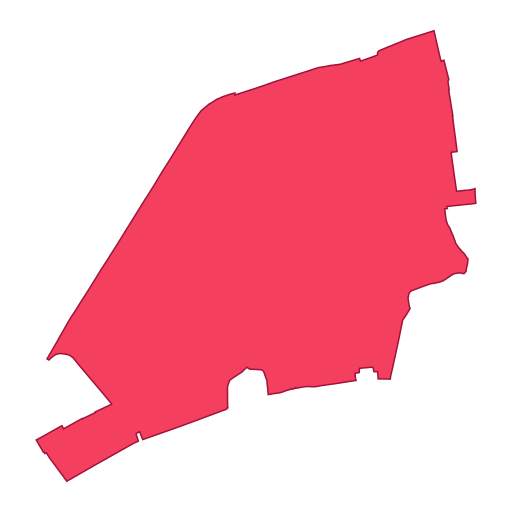 Otopeni, Bucharest, Romania (orthographic projection)
{"feature_id": "2599482B32051215942392", "entity_name": "Otopeni", "entity_type": "district", "adm_level": 2, "iso_a3": "ROU", "parent_name": "Romania", "parent_adm1": "Bucharest", "projection": "orthographic", "projection_center": [26.087, 44.559], "detail": "fine", "context": "isolated", "style": "filled", "palette": "rose", "viewbox_px": 512, "rotation_deg": 0, "n_neighbors": 0, "source": "geoboundaries", "source_scale": "gbopen_adm2", "svg_char_len": 5318}
<svg xmlns="http://www.w3.org/2000/svg" viewBox="0 0 512 512"><path d="M47.6,454.8L49.6,458.0L58.6,470.1L66.8,481.3L67.2,481.0L94.7,465.2L134.0,443.1L138.4,441.2L136.2,434.3L136.3,433.5L139.6,431.7L142.7,439.6L179.6,426.6L226.7,409.1L226.7,408.3L227.9,407.8L227.6,406.1L227.5,386.9L228.2,384.2L229.6,380.9L229.8,380.2L233.4,377.6L235.6,376.2L237.8,374.7L240.9,372.7L241.0,372.7L241.6,372.3L244.0,370.0L246.0,368.1L246.9,367.3L247.0,367.4L247.2,367.5L249.5,369.1L261.6,369.8L262.6,370.6L263.7,371.5L264.3,373.4L265.9,377.9L266.0,378.1L266.9,380.7L267.0,381.6L267.0,382.0L267.2,384.4L267.3,385.4L267.5,386.8L267.8,390.5L268.1,393.6L268.2,394.6L270.6,394.2L273.4,393.7L275.9,393.3L279.8,392.8L280.8,392.5L282.2,392.1L285.3,390.9L286.4,390.6L288.3,390.0L289.1,389.8L289.3,389.7L289.6,389.2L289.9,389.2L290.2,389.4L290.4,389.4L290.6,389.4L291.0,389.3L291.8,389.2L292.0,389.1L292.1,388.9L292.3,388.5L292.8,388.9L292.9,389.0L294.5,388.6L295.2,388.4L295.3,388.3L295.3,388.2L295.4,387.9L295.3,387.6L295.7,387.5L296.0,387.5L296.6,388.1L296.8,388.2L298.8,387.8L299.3,387.7L301.1,387.3L301.7,387.2L302.3,387.1L302.9,387.0L303.5,386.9L304.1,386.8L304.6,386.8L304.9,386.8L305.6,386.7L306.2,386.6L307.9,386.6L308.2,386.6L308.8,386.6L309.4,386.6L310.0,386.6L310.5,386.6L311.0,386.7L311.4,386.7L311.7,386.7L312.3,386.7L313.4,386.8L313.9,386.7L315.0,386.7L315.5,386.6L316.1,386.6L316.8,386.5L318.9,386.1L321.5,385.6L324.4,385.2L327.0,384.8L329.5,384.5L335.2,383.7L349.9,381.4L352.7,381.0L353.3,380.9L355.5,380.5L355.9,380.5L356.0,380.5L355.3,376.8L355.1,373.2L359.2,372.6L359.5,368.3L371.9,367.2L372.7,367.2L373.1,367.6L373.7,371.1L374.0,371.7L377.1,371.7L377.5,371.8L377.8,373.1L378.1,378.9L378.5,378.9L379.3,378.9L386.4,379.0L386.7,379.0L386.8,379.0L387.1,379.0L387.3,379.0L389.8,379.1L390.3,379.1L390.7,375.7L390.8,375.5L391.7,371.6L391.9,370.9L392.1,369.8L392.2,369.5L392.3,368.8L392.7,367.4L392.7,367.1L392.8,367.0L392.8,366.9L395.4,355.0L396.2,351.4L396.2,351.2L396.9,348.3L398.2,342.2L398.5,340.7L398.8,339.2L398.9,338.9L399.2,337.4L401.2,327.2L402.0,323.6L402.5,321.0L402.7,320.2L402.9,319.8L405.8,315.6L409.7,309.3L409.8,309.0L410.1,308.2L409.7,308.1L409.0,304.9L408.1,298.6L408.1,298.0L408.1,297.7L408.4,296.5L408.2,296.4L408.5,295.7L409.1,293.4L409.4,292.7L410.5,291.6L411.3,290.9L412.3,290.4L416.0,289.1L417.8,288.4L419.6,287.7L424.8,285.8L428.2,284.6L430.6,283.8L431.7,283.6L434.0,283.3L437.3,282.6L439.7,282.1L443.3,280.7L446.3,278.8L448.3,277.4L451.5,275.2L453.8,273.8L457.6,273.1L459.7,272.9L464.0,273.7L466.1,271.3L466.1,270.0L466.3,269.3L466.7,267.3L467.5,263.7L467.8,261.4L467.9,260.6L467.9,260.4L468.0,258.9L467.3,258.1L466.8,257.5L466.7,257.3L466.1,256.6L464.7,254.1L461.8,251.2L461.0,250.3L459.8,248.9L458.9,247.9L458.7,247.7L458.0,246.7L457.4,245.8L456.3,244.3L455.6,243.0L454.8,240.3L454.7,240.1L454.6,239.8L454.1,238.6L453.8,237.7L453.0,235.5L452.7,234.8L452.2,233.9L451.9,233.0L451.2,231.5L450.3,229.2L449.8,228.1L449.3,227.2L448.2,225.6L447.7,224.7L447.5,224.1L447.0,222.7L446.1,219.9L445.8,218.1L445.6,216.2L445.3,214.1L445.2,212.8L445.0,211.5L444.9,210.9L444.7,208.9L445.8,208.8L446.3,208.7L447.2,208.6L447.1,208.4L447.0,207.6L446.8,206.5L451.1,206.0L457.0,205.4L465.3,204.5L471.6,203.9L475.8,203.3L475.2,195.5L475.1,193.3L475.0,189.9L475.0,188.6L473.6,189.1L471.2,189.7L469.4,190.0L468.2,190.2L465.4,190.3L464.9,190.3L462.1,190.7L460.6,190.8L456.7,191.3L456.6,191.2L456.5,190.5L456.2,188.7L454.0,173.4L451.1,152.3L457.1,151.6L456.5,146.6L455.6,139.6L455.5,138.5L455.5,138.3L454.6,132.2L454.0,127.7L453.7,125.5L453.5,123.8L453.5,123.5L453.3,122.4L452.9,118.7L452.8,117.9L452.7,117.4L452.7,116.7L452.6,116.1L452.9,116.1L448.7,90.2L449.0,90.1L449.2,89.9L449.2,89.7L448.2,83.3L448.1,82.0L448.0,81.3L448.3,80.3L448.8,79.9L448.8,79.5L447.2,73.1L443.9,60.1L441.0,61.3L435.7,38.4L434.0,30.7L416.1,36.4L415.4,36.6L406.6,39.4L384.8,48.3L380.1,50.3L378.7,51.0L377.8,52.0L377.5,53.2L377.5,54.6L377.4,55.1L361.5,60.8L360.4,61.0L359.6,58.4L345.7,62.6L340.0,64.3L333.8,65.1L330.2,65.5L327.8,66.0L324.8,66.6L318.7,67.5L315.9,68.4L313.1,69.3L291.4,76.3L272.7,82.3L270.4,83.2L261.8,86.2L255.3,88.4L245.1,91.7L234.9,95.0L235.0,93.0L233.6,93.3L231.0,94.0L230.6,94.1L229.8,94.3L229.0,94.6L228.3,94.8L227.2,95.2L226.3,95.5L222.2,96.9L220.4,97.8L217.1,99.1L209.7,103.9L209.5,103.7L201.1,110.7L199.3,113.2L197.4,115.7L192.8,122.5L188.7,129.0L169.5,160.2L161.8,172.3L155.8,182.3L155.7,182.8L155.3,183.3L151.7,189.0L146.7,197.0L145.9,198.1L144.9,199.6L144.3,200.6L144.2,200.8L143.7,201.6L142.1,204.1L140.5,206.8L138.5,210.0L129.0,225.3L123.4,234.3L115.3,247.4L112.0,252.5L109.8,256.0L108.1,258.8L101.3,269.2L94.0,281.1L93.0,282.6L90.3,287.1L79.5,304.0L78.0,306.5L73.4,313.7L72.4,315.1L70.2,318.5L68.8,320.9L67.3,323.5L65.9,325.9L64.2,329.0L63.4,330.4L62.0,332.8L58.3,339.2L58.1,339.8L55.2,344.8L51.6,351.0L49.9,353.9L47.0,358.9L48.7,359.9L49.1,360.0L49.8,359.1L52.9,356.4L54.7,355.1L57.5,353.9L59.2,353.7L60.2,353.6L62.4,353.7L65.6,354.2L68.4,354.8L70.4,355.8L73.1,357.8L79.3,365.5L88.2,376.0L104.1,394.8L110.9,403.1L111.6,404.2L111.2,404.4L95.1,412.0L95.3,412.6L82.9,418.6L82.3,418.9L82.1,418.5L63.6,428.8L62.0,425.7L61.7,425.8L50.8,431.9L42.6,436.5L36.2,440.0L36.4,440.3L39.6,445.8L40.8,447.8L43.3,452.1L43.8,451.9L44.0,452.0L44.9,453.6L46.1,452.6L47.3,454.2L47.6,454.8Z" fill="#f43f5e" stroke="#9f1239" stroke-width="1.5"/></svg>